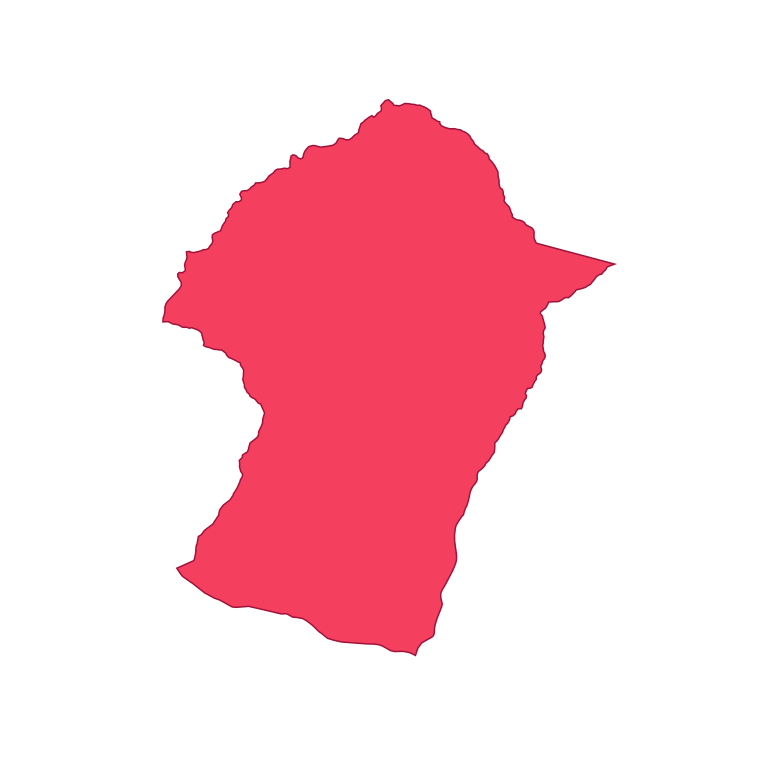 Selvíria, Mato Grosso do Sul, Brazil, rotated 70°
{"feature_id": "56859067B49043027609774", "entity_name": "Selvíria", "entity_type": "district", "adm_level": 2, "iso_a3": "BRA", "parent_name": "Brazil", "parent_adm1": "Mato Grosso do Sul", "projection": "albers", "projection_center": [-51.796, -20.268], "detail": "fine", "context": "isolated", "style": "filled", "palette": "rose", "viewbox_px": 768, "rotation_deg": 70, "n_neighbors": 0, "source": "geoboundaries", "source_scale": "gbopen_adm2", "svg_char_len": 6170}
<svg xmlns="http://www.w3.org/2000/svg" viewBox="0 0 768 768"><g transform="rotate(70 384 384)"><path d="M649.8,447.3L643.9,442.6L640.2,437.2L639.1,431.2L638.8,428.9L638.4,426.2L637.6,424.0L636.0,422.4L634.2,421.5L630.9,420.1L627.8,418.3L623.1,414.9L613.0,406.0L610.6,404.5L607.1,404.1L604.0,403.7L600.2,402.3L597.3,399.7L593.6,395.1L590.9,392.1L583.2,383.7L580.5,381.1L576.9,377.9L574.1,376.1L570.7,374.7L566.6,373.7L561.4,372.6L556.0,371.4L550.1,369.4L544.3,366.5L541.6,364.7L538.6,361.1L535.0,356.1L534.1,354.1L531.6,352.4L528.6,350.0L526.7,347.8L521.3,343.8L514.9,339.9L512.0,337.2L510.5,335.5L509.1,333.0L507.5,330.6L505.6,329.1L503.1,328.2L501.0,327.4L499.2,326.1L498.2,324.3L496.9,320.5L495.5,317.7L493.2,315.1L492.0,312.1L490.6,310.1L489.1,308.3L487.5,306.3L486.3,304.1L483.8,302.6L480.0,301.0L477.0,299.9L476.2,297.4L475.0,295.7L473.7,294.0L472.2,292.4L471.0,290.6L469.7,289.0L467.7,287.4L466.0,285.4L464.2,283.6L463.3,281.4L460.7,278.4L457.9,276.6L458.0,273.5L456.8,270.8L454.9,269.2L453.2,266.6L454.2,263.3L452.1,261.4L449.4,259.9L447.2,257.6L445.8,255.3L443.9,254.1L441.4,254.5L439.2,252.8L437.3,250.7L438.0,248.3L437.7,246.0L435.5,244.1L433.2,241.6L431.8,239.4L429.8,238.7L428.2,237.2L427.6,234.7L426.6,232.5L424.7,231.1L421.1,230.7L418.8,228.5L416.3,226.7L415.0,224.5L412.9,222.9L410.8,222.5L407.9,222.9L404.9,222.2L402.1,221.7L399.7,220.2L397.0,219.1L394.4,217.6L391.0,217.1L388.4,215.7L386.4,213.4L383.8,212.8L380.8,212.6L374.1,212.0L371.4,213.1L369.7,211.9L368.9,209.5L367.9,206.2L365.6,203.3L363.3,201.3L364.0,199.1L364.6,196.8L365.6,193.9L366.2,191.8L366.0,189.1L365.0,185.7L365.0,183.3L366.0,181.2L365.0,178.0L363.7,175.3L362.6,173.0L361.3,171.0L361.7,168.1L361.9,165.9L362.1,161.7L361.4,159.2L361.1,156.3L359.8,154.1L357.8,150.7L355.6,147.3L354.9,144.2L355.2,141.9L353.4,139.0L352.5,136.7L350.4,134.3L350.2,130.1L350.2,126.3L303.8,192.7L300.7,193.0L298.2,193.1L295.1,192.0L292.6,191.0L290.3,190.8L287.7,191.8L286.2,193.3L284.4,194.9L282.6,196.4L280.6,196.7L278.4,198.1L276.5,200.4L275.3,202.8L273.4,204.7L271.1,206.3L268.6,205.5L266.6,205.9L263.9,205.7L260.9,205.7L258.2,206.8L256.0,207.8L253.0,208.6L249.9,206.8L246.9,207.1L244.1,206.3L241.6,206.2L239.9,207.6L237.8,207.8L235.2,207.4L232.0,206.2L228.6,205.9L225.8,205.1L223.7,204.4L221.0,204.7L217.1,205.2L213.7,206.1L211.0,207.1L208.4,208.2L205.9,207.7L203.0,208.3L201.4,210.2L198.8,211.2L196.8,213.0L193.3,214.8L189.4,216.9L187.3,216.9L185.3,217.5L183.0,218.3L180.3,218.5L177.3,220.0L175.1,221.6L173.5,223.5L171.5,225.0L170.0,227.7L168.2,230.5L167.4,232.7L166.8,234.6L165.3,236.9L163.5,239.3L161.0,241.7L158.8,242.4L156.6,242.0L155.3,244.0L152.9,245.6L150.6,247.8L145.4,247.4L143.3,247.0L140.8,248.6L138.1,250.7L135.6,253.6L134.1,255.1L133.6,257.2L131.7,259.8L130.6,262.3L129.1,264.8L127.5,268.5L127.9,271.8L127.9,274.4L126.4,277.4L125.5,279.4L123.2,279.8L120.8,281.3L118.4,282.5L118.2,285.8L121.3,291.7L124.5,292.2L126.5,293.5L127.4,297.3L129.1,300.2L129.8,302.4L127.7,303.6L128.1,306.2L129.0,309.4L129.7,311.8L130.8,313.9L131.4,316.5L136.5,320.6L139.0,322.0L139.7,324.0L140.1,326.5L141.9,330.3L142.5,333.2L141.7,335.9L139.2,338.9L137.7,342.0L138.8,343.9L141.1,346.4L142.2,350.1L141.7,353.4L141.0,356.9L140.4,359.5L140.0,362.0L138.4,364.5L136.3,367.5L135.5,369.5L135.2,373.6L136.8,376.7L138.6,379.2L140.8,381.1L143.6,382.8L144.0,385.3L142.0,387.5L139.1,388.8L137.5,391.1L138.0,393.3L143.1,396.5L145.9,397.3L148.2,398.3L148.7,400.8L147.1,403.9L146.7,407.4L145.7,410.6L146.1,413.2L147.7,415.6L148.5,418.6L149.3,421.2L151.2,423.8L152.7,426.7L152.8,430.0L151.9,433.6L151.1,435.8L152.8,438.1L153.5,441.2L154.8,443.5L155.4,446.5L154.5,449.7L154.2,452.0L156.4,454.6L160.0,454.3L162.3,455.0L163.1,457.8L162.1,460.9L163.6,464.6L166.1,466.8L167.9,470.3L169.6,472.5L171.7,472.1L173.5,473.0L174.5,475.8L176.7,477.1L178.7,480.0L180.4,482.1L184.1,485.1L184.4,492.0L185.2,494.3L188.2,495.6L190.7,495.8L193.0,497.4L195.0,500.7L196.7,502.7L196.8,505.3L196.0,507.9L196.3,510.7L195.5,517.6L194.2,520.3L192.7,521.7L192.2,524.4L195.1,525.2L197.7,525.8L200.0,527.5L202.2,529.6L204.7,530.9L207.1,531.2L209.5,532.0L210.5,535.2L209.2,538.3L210.1,540.3L212.7,541.0L215.3,540.6L219.2,539.8L222.3,540.9L223.9,542.8L225.1,544.8L232.4,559.3L234.0,561.4L236.9,563.6L240.3,564.8L242.2,565.8L244.4,567.2L246.3,568.9L250.0,570.5L251.5,565.7L253.3,563.8L255.2,562.2L256.8,559.3L258.1,557.1L259.9,555.5L261.8,553.9L262.6,551.8L263.4,549.6L265.0,547.9L265.3,545.4L267.5,542.9L268.8,541.2L271.1,539.3L273.7,538.0L275.9,538.4L278.1,538.5L281.3,538.9L283.5,538.7L286.0,540.4L287.8,539.0L289.2,536.9L290.5,535.0L292.0,533.4L293.4,531.6L294.4,529.2L295.7,527.2L296.4,525.0L298.3,523.8L300.7,522.2L303.3,521.9L306.1,520.7L308.4,518.1L310.9,515.7L313.1,513.8L315.1,511.8L317.3,512.4L320.4,511.5L322.8,511.1L328.4,513.4L331.4,515.1L334.4,515.4L336.4,515.3L339.6,516.3L342.2,515.6L344.9,515.5L347.1,514.2L349.7,514.0L351.9,512.5L354.0,510.4L356.9,509.4L358.9,508.7L360.8,506.8L370.4,506.1L372.7,507.9L375.3,509.7L378.9,511.4L381.5,513.5L383.4,515.5L385.9,518.1L388.1,518.9L390.3,520.6L391.6,523.7L393.6,530.0L396.0,531.8L399.0,533.7L401.1,535.6L401.6,538.5L402.4,541.4L404.6,542.3L406.3,546.1L410.0,547.0L412.3,548.1L414.7,548.3L417.1,548.5L420.7,547.7L423.1,549.3L424.8,551.6L426.6,552.9L428.7,554.9L430.8,556.9L432.5,558.8L434.3,561.1L435.5,562.9L437.2,564.1L438.7,566.3L440.2,568.2L441.9,573.5L442.8,576.4L444.1,578.4L446.3,581.6L448.5,583.0L450.8,584.2L452.2,586.3L453.6,588.1L455.5,590.7L457.2,593.0L459.4,600.5L460.6,603.6L462.1,605.5L463.3,607.8L463.8,610.6L466.4,612.0L468.4,613.3L470.2,614.2L471.6,615.7L473.5,616.6L476.7,618.0L478.9,619.1L481.4,620.6L483.4,621.8L484.9,623.2L486.2,641.7L493.4,640.0L496.1,638.9L497.8,637.8L506.0,632.0L519.2,623.8L521.7,621.5L527.1,616.8L530.8,612.3L541.6,602.9L543.2,599.6L545.3,592.1L546.7,587.1L564.9,559.2L566.5,554.3L568.9,552.0L571.8,549.6L573.4,546.1L576.5,540.7L579.8,537.9L586.0,533.9L589.0,532.4L594.3,529.9L597.0,528.0L599.7,526.4L601.9,525.1L603.8,523.9L607.6,518.8L610.9,513.8L612.5,510.8L620.9,492.3L623.2,486.9L625.2,481.8L627.3,478.0L629.3,475.4L637.0,468.8L639.0,465.6L641.7,457.7L643.9,453.7L645.8,451.1L649.8,447.3Z" fill="#f43f5e" stroke="#9f1239" stroke-width="1.5"/></g></svg>